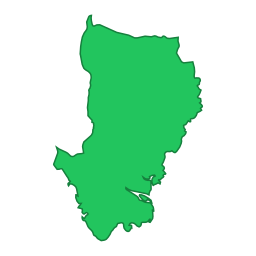 map outline of Dhaka (Robinson projection)
{"feature_id": "BGD-1806", "entity_name": "Dhaka", "entity_type": "Division", "adm_level": 1, "iso_a3": "BGD", "parent_name": "Bangladesh", "parent_adm1": "", "projection": "robinson", "projection_center": [90.348, 24.137], "detail": "fine", "context": "isolated", "style": "filled", "palette": "green", "viewbox_px": 256, "rotation_deg": 0, "n_neighbors": 0, "source": "natural_earth", "source_scale": "10m", "svg_char_len": 5533}
<svg xmlns="http://www.w3.org/2000/svg" viewBox="0 0 256 256"><path d="M91.4,15.4L91.1,17.9L91.4,20.9L92.1,24.1L92.9,25.8L94.1,26.1L96.9,24.9L99.8,24.8L116.7,32.4L128.7,35.2L134.6,37.9L137.3,37.9L145.1,36.2L151.3,36.8L154.4,35.9L155.5,36.0L156.4,36.3L158.0,37.1L160.8,37.6L161.5,37.5L161.9,37.3L162.8,36.4L163.2,36.1L164.4,36.3L165.4,36.9L166.3,37.7L167.4,38.3L169.6,38.5L178.2,37.3L178.0,41.1L179.1,45.0L179.1,46.2L178.8,47.1L178.0,48.4L177.4,49.9L176.5,53.1L181.5,61.8L183.7,62.9L192.8,61.9L193.8,65.9L194.3,67.7L194.6,71.7L194.1,76.3L194.6,77.9L195.0,78.1L195.3,78.1L195.8,78.0L196.4,77.9L198.7,78.0L199.5,78.4L200.0,79.1L200.3,80.2L200.2,80.9L200.0,81.4L199.7,81.8L199.4,82.4L199.4,83.0L199.4,83.5L199.3,84.0L199.1,84.5L198.5,84.9L197.7,85.2L197.3,85.5L197.3,86.1L198.3,87.4L198.7,88.4L199.2,88.9L199.6,89.3L201.0,90.1L199.9,93.0L199.1,94.7L198.4,95.7L197.9,96.3L197.7,96.5L197.6,96.8L197.6,97.1L198.2,97.9L198.8,98.2L199.6,98.3L200.6,98.7L200.8,100.4L201.0,100.9L200.9,101.9L199.6,102.9L201.3,104.5L201.8,105.1L202.2,105.8L202.3,106.4L201.9,107.2L201.4,107.4L200.5,108.4L201.6,110.2L199.9,111.4L197.3,112.6L196.2,115.7L195.6,116.3L195.0,117.3L194.0,118.1L192.7,118.6L191.2,118.7L190.5,119.1L190.5,120.0L190.7,121.1L190.5,121.7L189.9,121.8L189.4,121.6L188.3,120.8L185.8,124.5L185.0,124.8L184.1,125.1L183.6,125.4L183.9,127.1L183.8,127.6L185.2,129.6L184.6,130.9L186.1,131.9L185.6,133.7L184.1,135.6L182.8,136.4L181.9,137.3L181.3,139.4L181.6,141.1L181.2,143.3L179.7,147.0L176.7,151.3L175.7,152.2L175.0,152.6L174.5,152.5L174.1,152.4L173.5,152.0L171.8,150.8L171.3,151.1L170.8,151.4L170.3,151.5L169.7,151.6L167.4,151.5L166.9,151.6L166.3,151.8L165.8,152.2L165.4,152.6L164.9,153.2L164.6,153.8L164.6,154.5L165.0,156.4L165.0,157.1L164.9,157.8L163.3,162.1L162.2,164.1L162.0,164.9L162.3,165.5L163.4,166.3L163.8,166.7L164.1,167.3L164.3,167.9L164.3,168.5L163.7,169.7L163.0,170.4L165.0,172.7L165.7,173.7L165.5,174.1L164.3,174.3L163.4,174.8L163.1,175.6L163.7,176.6L162.9,177.5L161.2,178.6L160.5,179.7L160.0,179.7L158.7,179.7L158.5,180.1L159.1,180.9L160.5,182.1L160.0,183.9L158.6,183.1L157.8,183.0L156.3,183.9L154.4,184.6L153.3,185.4L152.9,185.1L151.8,181.6L152.1,179.1L153.3,177.0L155.2,176.0L154.8,175.4L154.6,175.8L154.2,176.0L153.6,175.2L152.3,175.3L149.5,176.6L150.0,177.8L149.6,178.6L148.6,178.9L147.4,179.1L146.1,178.9L145.1,178.6L143.2,177.2L143.8,178.6L144.9,179.5L146.2,180.0L147.4,180.3L150.3,180.4L150.9,181.1L151.1,189.1L150.8,190.1L150.2,190.6L149.6,191.9L149.1,193.5L149.0,194.9L146.4,193.7L131.4,190.6L128.5,189.4L125.9,187.6L125.8,188.6L126.5,189.6L136.5,196.0L137.7,197.0L138.4,198.1L138.9,199.2L139.5,200.1L142.0,200.7L144.1,201.8L145.3,202.3L150.3,202.9L150.9,203.4L153.2,207.1L153.5,208.6L153.8,211.7L153.5,211.2L152.9,210.3L152.2,209.5L152.6,211.3L152.9,216.5L152.6,218.6L150.5,221.8L150.1,222.3L149.1,222.1L149.0,221.4L149.3,220.5L150.1,219.9L150.1,219.3L149.5,219.3L148.7,220.5L147.8,221.4L146.8,222.0L145.3,222.3L142.4,222.3L141.5,222.7L141.1,224.1L141.2,224.7L141.0,224.9L140.7,225.7L140.4,226.0L139.1,226.9L137.0,225.9L136.0,224.8L134.3,223.4L132.7,223.0L131.8,222.7L131.6,222.9L130.6,223.2L129.8,223.8L129.1,225.3L129.8,225.4L131.0,225.2L131.6,225.7L131.7,227.3L131.6,227.2L131.5,227.7L131.2,228.1L131.0,228.7L130.4,229.3L129.6,230.7L128.8,231.3L128.4,231.4L127.7,231.4L126.8,231.1L125.7,230.3L124.2,228.3L123.8,226.8L123.6,224.6L123.4,223.9L122.9,223.2L122.3,222.9L121.4,222.7L117.7,223.5L117.0,224.9L116.4,226.5L114.9,227.4L113.6,228.7L113.0,229.8L111.5,231.3L111.1,231.9L110.0,234.4L108.1,237.2L106.3,239.2L105.2,239.8L103.9,240.2L101.2,240.6L98.0,238.8L97.4,238.3L95.9,236.4L95.4,236.0L94.2,235.5L93.8,235.1L93.5,234.5L93.0,232.9L92.7,232.1L91.7,230.6L89.2,228.2L88.0,226.6L86.2,222.3L85.4,221.1L84.8,220.7L83.5,220.5L82.8,219.9L82.5,219.3L82.3,218.6L82.1,217.8L82.2,216.8L83.7,218.2L84.5,218.5L85.1,217.2L86.3,215.4L86.7,215.1L87.7,214.7L88.0,213.9L87.5,213.1L86.5,212.6L85.6,212.9L84.9,213.5L84.2,214.0L83.3,213.8L82.1,212.3L82.4,210.4L82.2,208.9L78.1,207.7L78.8,206.4L80.3,204.8L81.2,203.4L78.9,203.5L77.0,201.1L75.8,197.7L75.9,194.8L76.5,194.8L76.8,195.3L77.0,195.6L78.0,196.1L76.6,188.8L75.9,187.0L74.4,185.5L72.1,184.1L69.8,183.9L68.6,185.8L68.3,185.3L68.1,184.7L68.0,184.0L68.1,183.4L68.6,183.0L69.6,182.2L70.3,181.3L69.9,180.9L69.1,180.5L68.7,179.5L68.3,178.4L67.8,177.5L66.9,176.3L62.3,169.1L61.6,168.7L60.5,168.8L59.3,169.2L57.1,169.3L53.9,165.0L53.7,164.2L57.7,153.2L57.8,151.4L57.6,150.7L56.5,147.2L59.0,149.0L65.9,152.2L67.6,153.2L70.7,156.2L72.7,156.6L74.0,156.2L76.3,154.6L77.6,154.0L81.8,153.6L83.6,153.1L83.5,152.1L82.8,147.9L82.6,146.6L82.9,144.7L83.9,141.9L90.5,136.1L91.4,135.2L92.1,133.9L92.7,132.7L92.9,129.6L93.7,128.1L93.4,127.9L93.6,126.6L93.9,125.4L93.6,124.8L93.6,124.4L93.7,123.6L93.4,122.8L92.0,122.4L92.0,120.5L91.9,120.0L91.7,119.7L90.9,119.0L88.8,116.6L88.7,116.3L88.2,116.0L88.1,115.9L88.0,115.7L88.0,114.9L88.0,111.5L87.5,108.0L87.5,107.2L88.3,100.8L88.3,97.5L89.0,94.7L89.1,92.9L89.0,91.3L88.8,90.2L89.2,89.2L90.0,88.1L90.6,85.9L90.6,84.8L90.2,83.0L90.3,82.1L91.2,78.0L91.1,76.1L90.8,74.5L90.3,73.6L89.6,72.7L88.2,71.4L86.0,70.1L84.7,69.1L83.9,68.3L82.9,66.1L82.2,64.3L80.4,54.7L80.2,54.0L80.7,46.5L81.4,41.8L82.4,37.0L84.1,33.2L84.9,32.0L85.8,30.9L86.9,29.1L87.3,26.9L86.7,22.0L88.4,17.7L88.6,17.1L89.1,16.3L90.2,15.6L91.4,15.4L91.4,15.4ZM146.9,200.4L145.5,201.1L144.0,200.7L142.6,199.6L140.2,196.9L139.4,195.7L139.6,194.8L141.6,194.9L144.4,195.9L148.0,198.0L151.0,200.3L151.6,202.3L148.8,200.1L147.3,199.4L146.9,200.4Z" fill="#22c55e" stroke="#15803d" stroke-width="1.5"/></svg>